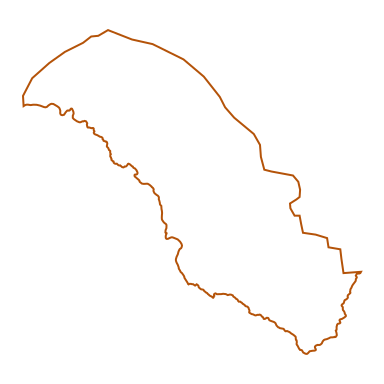 La Paz, Canelones, Uruguay (Albers equal-area conic projection)
{"feature_id": "84410073B15963405844434", "entity_name": "La Paz", "entity_type": "district", "adm_level": 2, "iso_a3": "URY", "parent_name": "Uruguay", "parent_adm1": "Canelones", "projection": "albers", "projection_center": [-56.267, -34.726], "detail": "fine", "context": "isolated", "style": "outline", "palette": "amber", "viewbox_px": 384, "rotation_deg": 0, "n_neighbors": 0, "source": "geoboundaries", "source_scale": "gbopen_adm2", "svg_char_len": 6031}
<svg xmlns="http://www.w3.org/2000/svg" viewBox="0 0 384 384"><path d="M23.6,106.1L25.3,105.0L26.6,104.7L28.1,104.7L30.7,105.1L33.2,104.7L36.7,104.8L40.1,105.6L44.1,107.1L45.6,107.3L46.9,106.9L48.5,105.4L50.5,104.1L51.5,103.8L53.4,104.0L57.3,106.3L59.0,107.6L59.3,108.0L59.8,109.1L60.3,110.7L60.2,113.2L60.7,114.5L61.4,115.0L62.5,115.2L64.1,114.7L64.3,114.2L64.9,113.6L65.4,112.6L67.1,110.7L68.1,110.4L68.9,110.7L69.8,110.3L70.6,109.0L70.9,108.7L71.3,108.6L71.7,108.6L72.1,108.9L73.3,111.5L73.5,112.5L73.6,113.7L72.8,115.7L72.8,117.9L73.8,119.1L77.0,121.3L79.2,122.2L79.9,122.3L80.6,122.2L82.5,121.3L83.4,121.4L84.4,120.9L85.8,121.2L86.1,121.4L87.2,123.2L87.2,123.6L86.9,124.3L86.9,124.8L87.3,126.8L87.7,127.4L88.1,127.6L88.8,127.4L89.6,127.6L91.5,128.2L92.5,128.0L93.3,128.1L93.7,128.6L93.7,130.1L94.4,131.2L94.4,131.6L93.9,132.1L93.8,132.5L93.8,132.9L94.2,133.7L95.2,134.4L97.4,135.2L99.9,136.7L101.0,136.9L101.9,137.3L102.6,138.1L102.6,139.2L103.2,139.6L103.5,140.7L104.2,141.1L105.1,141.2L105.7,141.7L106.2,141.8L106.4,141.7L107.0,142.3L107.3,143.6L106.9,145.7L106.9,146.6L108.3,148.1L109.0,150.0L110.0,150.7L110.2,151.0L110.2,152.9L110.8,154.1L110.4,154.4L110.3,154.9L110.3,156.6L110.7,157.0L111.0,157.6L111.2,158.4L111.5,158.9L111.4,159.8L112.6,161.0L113.5,161.4L113.7,161.9L113.6,162.5L114.0,163.0L114.6,163.5L115.6,163.8L116.8,163.7L118.4,165.2L119.4,165.5L120.2,165.4L122.1,167.1L123.4,167.4L123.9,167.2L124.6,166.5L125.1,166.6L125.8,166.5L126.3,166.2L127.2,165.2L128.0,163.9L128.4,163.7L128.8,163.8L129.7,164.2L132.2,166.4L132.8,166.6L133.3,167.6L133.9,168.0L135.0,168.5L135.5,169.1L136.6,170.4L136.9,171.1L136.9,171.4L137.3,171.9L137.5,172.5L137.5,173.4L137.1,174.1L136.8,174.3L136.3,174.5L135.1,174.5L134.8,174.7L134.6,174.9L134.5,175.8L134.8,176.5L139.1,180.2L139.4,180.6L139.5,181.4L139.8,181.9L141.9,183.6L143.8,183.9L147.1,183.7L147.8,183.8L149.5,184.8L151.7,186.7L151.8,187.1L152.9,187.9L153.5,188.8L153.7,189.5L153.5,190.0L153.5,190.7L153.6,191.4L154.5,193.2L156.7,195.0L157.6,195.5L158.3,196.2L158.7,196.8L158.9,197.6L158.8,199.4L159.3,200.6L159.8,202.7L159.9,203.8L160.1,204.6L161.3,205.9L161.5,209.0L161.9,210.9L162.1,213.1L161.9,215.3L161.8,217.8L161.9,219.3L162.3,220.2L163.7,222.2L164.4,222.9L165.9,224.0L166.4,224.8L166.5,225.6L166.4,228.2L165.6,230.1L165.4,232.4L165.9,233.3L166.3,233.0L166.6,233.2L166.5,233.7L165.9,235.1L165.7,236.3L165.8,237.9L166.1,238.5L166.6,238.9L167.6,238.9L168.5,238.6L169.4,238.1L171.4,237.3L172.3,237.3L173.5,237.7L177.7,239.4L180.1,241.7L181.5,243.9L182.0,245.5L181.7,247.0L181.1,248.2L179.8,249.0L179.1,250.2L178.5,251.6L177.8,254.3L176.6,256.8L175.9,259.2L175.9,260.4L176.2,261.6L177.0,263.5L177.6,264.4L178.7,267.4L178.7,268.1L178.9,268.8L180.1,270.7L180.4,271.6L181.2,272.5L181.9,273.0L183.4,275.1L183.9,275.9L184.3,276.8L184.4,277.7L184.8,278.4L187.6,282.8L188.1,284.0L188.6,284.4L189.4,283.9L191.1,283.9L192.1,284.2L193.1,284.2L194.5,285.2L194.9,285.5L195.4,285.5L195.8,285.1L196.2,284.6L196.6,284.3L197.1,284.6L197.7,285.0L198.5,286.0L198.6,286.7L198.8,287.4L200.5,288.9L201.1,289.3L203.0,289.6L203.5,289.9L204.2,291.0L205.5,292.0L206.1,292.6L207.0,293.0L207.5,293.5L207.8,294.0L208.8,294.7L209.3,295.3L210.5,296.1L211.7,296.5L212.7,297.6L213.3,297.7L213.7,297.1L213.7,296.6L213.9,296.1L214.3,295.8L214.0,294.8L214.1,294.3L214.5,293.8L215.4,293.4L216.0,293.6L216.6,294.1L217.1,294.2L221.3,294.1L223.1,293.8L225.8,294.1L227.8,295.1L229.5,294.6L230.9,294.6L232.8,295.4L233.3,296.5L235.1,297.7L236.3,299.0L236.8,299.1L237.5,299.6L238.2,301.0L238.9,301.7L239.9,301.6L240.4,301.7L240.8,302.2L241.8,302.7L242.7,303.8L243.3,304.0L243.8,304.5L244.6,304.9L245.1,305.7L245.7,306.2L247.3,306.6L248.0,307.2L248.5,307.8L248.8,308.9L249.4,310.3L249.5,310.9L249.2,311.9L249.2,312.4L249.5,312.8L251.7,314.1L252.9,314.3L255.0,315.3L255.8,315.4L257.2,314.9L258.0,314.8L258.9,314.9L259.5,314.6L260.0,314.7L260.8,315.1L262.2,316.8L262.6,317.0L263.1,317.4L263.7,318.8L264.1,319.0L265.2,318.8L266.7,317.8L268.0,317.9L268.4,318.2L269.0,319.6L269.5,320.3L271.1,321.0L273.7,321.9L274.5,322.3L275.5,323.2L276.5,325.5L278.2,327.3L278.8,327.4L279.7,328.1L283.4,328.8L283.9,329.2L284.6,330.4L285.4,331.2L285.8,331.3L287.0,331.0L289.6,332.1L291.1,333.4L293.4,334.8L295.5,336.6L295.7,337.1L295.8,339.0L296.0,339.9L296.5,340.2L296.7,341.0L296.8,342.4L296.6,343.7L296.6,344.2L297.0,345.0L297.3,345.2L298.8,348.1L298.9,348.4L299.2,348.9L299.6,349.1L300.0,349.9L301.6,350.1L302.0,350.4L303.2,352.5L305.4,353.7L306.0,353.8L306.7,353.9L307.4,353.7L308.4,352.7L309.6,351.3L312.2,350.8L314.7,350.6L315.6,350.2L315.8,349.7L315.8,349.2L315.0,347.8L314.9,346.9L315.0,346.5L315.9,345.6L317.5,344.9L319.2,345.0L320.3,344.7L320.7,344.4L321.8,343.4L322.7,341.4L323.8,340.1L324.7,339.6L326.9,339.1L329.0,338.2L330.5,337.4L332.8,337.3L334.2,337.1L334.4,336.9L334.9,337.1L335.7,336.9L336.7,335.5L336.8,335.0L336.5,332.9L335.8,330.5L336.5,329.9L336.6,329.4L336.6,326.8L337.2,324.5L337.9,323.8L339.7,323.4L340.3,322.8L340.3,322.4L339.6,320.6L339.5,320.2L340.1,319.4L342.0,318.9L344.6,317.3L345.6,316.4L345.9,316.0L345.8,315.2L344.8,313.7L344.6,312.5L344.3,311.8L343.8,311.0L343.1,310.2L342.9,309.8L342.8,309.2L342.8,307.2L341.7,305.8L341.6,305.2L342.1,304.4L343.6,303.3L344.2,301.6L344.4,300.7L344.7,300.2L346.0,299.5L347.1,298.7L347.6,298.1L347.9,297.2L347.6,296.2L347.9,295.2L350.2,293.2L350.4,292.8L350.0,291.9L350.3,291.0L350.3,290.2L350.5,289.2L351.5,287.6L352.0,286.2L352.8,284.8L355.3,281.5L355.7,280.8L355.9,279.0L356.7,277.7L356.8,277.2L355.8,275.7L356.5,274.4L356.8,273.9L357.6,273.5L359.3,273.5L360.3,273.1L361.0,271.8L343.5,273.1L341.4,258.7L340.3,249.3L328.5,247.3L327.1,238.1L315.6,234.6L303.0,232.8L301.2,224.3L299.6,215.7L294.6,215.7L290.4,208.3L290.0,203.5L296.5,199.4L299.6,197.0L300.1,189.7L298.3,181.8L293.0,175.5L271.4,171.5L264.3,169.7L260.9,156.9L260.0,144.9L253.8,134.0L234.2,117.7L225.1,107.3L219.8,96.9L203.8,76.6L183.5,59.4L152.6,44.1L132.0,39.5L108.0,30.1L98.3,35.8L91.2,36.5L83.1,42.8L64.9,51.9L49.3,63.0L32.2,78.2L23.0,95.9L23.6,106.1Z" fill="none" stroke="#b45309" stroke-width="2"/></svg>